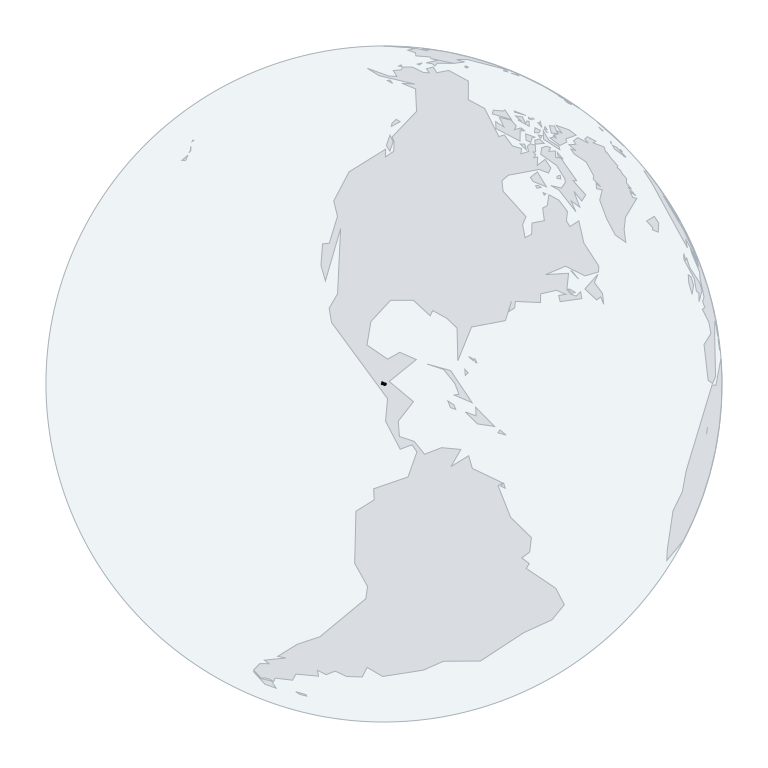 Zacapa on an orthographic globe, rotated 34°
{"feature_id": "GTM-1963", "entity_name": "Zacapa", "entity_type": "Department", "adm_level": 1, "iso_a3": "GTM", "parent_name": "Guatemala", "parent_adm1": "", "projection": "orthographic", "projection_center": [-89.448, 15.041], "detail": "fine", "context": "on_globe", "style": "filled", "palette": "ink", "viewbox_px": 768, "rotation_deg": 34, "n_neighbors": 0, "source": "natural_earth", "source_scale": "10m", "svg_char_len": 9136}
<svg xmlns="http://www.w3.org/2000/svg" viewBox="0 0 768 768"><g transform="rotate(34 384 384)"><circle cx="384" cy="384" r="338" fill="#eef3f6" stroke="#a8b0b8"/><path d="M449.3,421.9L441.3,418.7L433.9,429.0L406.0,413.9L395.2,394.2L306.1,362.3L296.2,351.9L295.1,335.2L261.1,279.4L277.8,331.3L265.4,320.9L254.7,302.2L259.9,297.9L251.7,271.0L240.0,260.4L236.4,227.7L254.0,188.5L258.2,194.9L262.0,185.7L256.9,177.6L252.6,174.6L258.6,139.8L245.1,121.7L230.6,124.7L241.8,118.1L207.6,131.1L193.7,131.6L215.7,126.0L222.7,121.8L216.4,118.9L222.3,114.2L222.7,110.5L230.3,105.4L242.5,103.7L247.6,100.7L242.9,99.0L247.5,93.7L253.7,96.4L262.4,87.8L284.5,85.7L294.9,101.1L313.4,99.3L340.8,114.6L344.5,110.3L357.3,114.8L366.4,111.9L368.8,116.6L373.9,110.4L369.9,106.8L370.8,103.1L375.8,101.4L379.9,106.7L377.9,108.3L381.7,109.0L381.6,112.6L384.5,109.9L388.8,117.1L392.0,107.7L401.6,111.6L402.4,117.1L392.6,119.4L370.3,141.4L368.1,149.5L374.9,157.6L408.1,165.9L409.8,174.4L419.1,183.8L422.7,177.2L416.7,167.8L425.6,158.9L417.2,149.4L419.6,144.9L414.9,134.9L426.1,133.8L439.5,138.3L444.1,146.8L450.1,149.5L454.3,139.8L470.9,155.4L496.1,166.1L499.2,171.1L490.1,182.0L468.6,184.8L456.8,203.0L475.1,189.0L482.7,203.3L488.4,205.2L494.2,203.6L495.5,197.6L500.3,202.6L484.0,217.2L479.3,212.9L484.6,208.0L474.5,209.9L463.5,221.7L468.2,229.0L446.7,242.1L449.8,247.8L446.9,254.5L443.4,244.2L449.2,263.6L424.7,287.8L432.2,323.4L413.3,296.8L399.5,294.4L383.3,295.9L384.2,301.6L361.5,298.2L342.6,311.0L338.2,339.6L348.1,361.2L373.1,361.4L379.4,348.9L397.1,345.7L386.9,379.0L418.3,382.2L416.6,406.8L426.1,418.9L441.1,414.7L456.9,419.6L467.3,404.6L484.3,395.3L485.7,415.0L494.3,396.1L504.4,404.6L537.7,399.7L535.4,404.5L563.6,423.8L592.1,428.9L598.7,441.8L595.5,451.1L604.9,451.7L605.0,457.4L640.5,457.3L656.9,466.1L655.1,485.6L639.0,511.8L618.8,559.8L588.3,580.6L576.8,599.0L546.5,627.2L528.5,628.4L529.8,639.0L516.7,647.3L504.0,649.4L498.6,657.3L489.0,658.6L493.1,662.8L473.2,673.8L473.8,680.7L458.2,688.7L459.0,692.3L454.6,692.6L449.0,694.4L447.1,696.6L435.8,694.0L437.4,685.3L445.0,680.2L439.3,679.8L455.9,666.0L448.2,669.2L457.6,648.3L472.2,629.4L489.0,572.2L483.6,561.0L460.0,549.1L431.9,505.2L440.7,485.5L434.0,476.7L455.9,447.6L449.3,421.9ZM91.4,311.6L93.5,303.9L94.5,309.5L91.4,311.6ZM93.3,298.8L92.9,301.5L92.9,299.1L93.3,298.8ZM92.3,296.8L93.0,298.2L91.9,297.3L92.3,296.8ZM90.7,295.1L91.7,295.7L91.5,295.9L90.7,295.1ZM431.7,335.6L467.5,350.2L448.4,353.9L451.8,350.5L442.5,344.0L425.5,338.6L408.5,343.4L431.7,335.6ZM89.3,290.2L89.1,288.7L90.2,288.5L89.3,290.2ZM444.9,314.8L438.8,313.9L444.6,313.3L444.9,314.8ZM249.8,174.4L256.2,178.1L258.6,187.7L252.6,184.9L249.8,174.4ZM246.1,157.8L250.7,157.6L246.1,166.3L244.9,163.7L246.1,157.8ZM219.0,128.7L223.1,130.0L217.1,130.5L219.0,128.7ZM221.4,110.9L218.3,112.2L219.8,109.8L221.4,110.9ZM409.0,136.4L411.9,135.7L411.3,137.9L409.0,136.4ZM404.3,133.1L401.5,136.1L398.9,135.0L400.6,133.1L404.3,133.1ZM232.8,100.1L236.1,96.4L234.8,99.8L232.8,100.1ZM408.3,129.7L394.5,132.7L389.8,130.9L392.6,122.4L408.3,129.7ZM239.4,94.1L247.2,86.1L241.1,87.9L262.7,79.1L248.9,88.2L248.3,91.8L244.6,91.6L239.4,94.1ZM366.5,106.5L371.0,110.2L362.6,108.9L366.5,106.5ZM360.9,106.6L334.0,109.6L329.8,104.0L339.7,103.8L330.6,98.5L341.9,94.1L349.4,96.1L349.8,100.4L353.8,95.6L360.9,106.6ZM273.4,76.0L277.1,74.2L275.5,75.9L273.4,76.0ZM370.5,101.6L365.5,102.4L361.5,97.4L371.0,95.0L369.2,97.3L370.5,101.6ZM322.7,99.5L321.5,95.8L330.2,91.1L330.9,89.2L341.8,93.5L322.7,99.5ZM372.6,97.6L375.9,94.0L382.3,94.9L375.2,100.6L372.6,97.6ZM356.5,97.3L355.1,95.0L359.0,95.4L356.5,97.3ZM406.8,97.4L400.8,97.8L398.2,95.1L406.8,97.4ZM376.6,92.6L374.4,92.3L372.7,91.5L376.1,89.5L376.6,92.6ZM347.2,90.2L351.1,89.3L343.2,88.2L349.4,85.1L355.5,88.8L355.5,86.0L357.4,85.1L360.3,89.2L347.2,90.2ZM374.5,85.1L384.4,89.7L396.1,89.2L398.7,91.4L379.4,91.9L374.5,85.1ZM365.9,87.1L371.8,86.3L372.1,89.1L368.2,91.4L365.9,87.1ZM351.5,82.0L340.3,85.6L339.4,84.8L351.5,82.0ZM377.8,84.3L375.3,83.3L378.6,84.0L377.8,84.3ZM359.5,81.9L355.7,83.2L354.7,82.1L359.5,81.9ZM373.6,80.5L376.8,81.8L374.3,83.3L373.6,80.5ZM367.1,80.7L366.7,79.0L371.4,83.0L365.6,81.3L367.1,80.7ZM359.2,80.7L357.4,80.5L360.9,80.4L359.2,80.7ZM381.3,74.8L388.0,79.5L382.4,82.4L376.7,77.3L381.3,74.8ZM453.3,699.5L436.1,695.3L446.4,697.1L456.9,693.1L464.7,696.5L453.3,699.5ZM482.8,688.4L493.0,685.2L494.4,686.0L487.7,688.4L482.8,688.4ZM617.7,139.9L614.2,137.0L621.4,143.8L624.8,146.9L631.9,154.4L623.0,146.7L630.6,158.3L654.7,192.4L656.1,199.8L650.7,199.7L627.3,172.4L626.8,159.3L618.6,151.0L606.2,144.1L607.1,141.2L602.0,137.3L600.6,132.8L586.4,119.2L583.1,114.7L565.7,103.3L561.7,99.9L573.1,107.3L579.3,110.7L569.8,101.9L564.4,98.3L553.9,92.1L552.6,91.1L543.6,86.3L534.1,81.2L556.6,93.5L578.1,107.4L598.5,122.9L617.7,139.9ZM532.9,80.6L538.5,84.1L526.3,78.6L513.1,72.5L510.2,71.7L531.7,81.9L539.3,85.6L544.1,87.5L565.7,100.2L571.6,104.8L553.2,95.3L559.4,101.4L542.3,92.7L494.5,68.0L480.6,62.0L482.5,60.8L493.0,64.2L496.9,65.7L501.1,67.0L532.9,80.6ZM474.8,58.5L474.4,58.4L474.2,58.3L474.8,58.5ZM391.9,46.2L366.8,47.0L350.9,47.9L354.2,47.4L327.2,51.0L311.4,54.0L313.9,53.5L302.6,56.4L307.4,55.4L307.8,55.5L281.0,65.1L272.2,68.1L263.5,73.9L264.7,74.0L270.7,71.9L262.7,79.1L241.1,87.9L239.3,87.1L227.0,94.1L224.7,91.8L217.1,93.9L221.8,88.9L215.4,91.8L211.3,94.4L199.5,101.2L194.7,104.1L216.2,90.7L234.3,83.2L228.3,84.8L235.0,81.4L236.2,80.4L231.5,82.5L227.6,84.5L229.5,83.5L251.3,73.2L273.7,64.6L296.7,57.6L320.1,52.2L343.9,48.5L367.8,46.5L391.9,46.2ZM719.8,346.3L717.2,372.2L711.8,363.5L694.5,327.5L691.6,306.5L683.0,286.9L656.5,201.3L659.9,199.4L649.4,175.2L649.7,175.2L660.8,190.1L660.9,190.3L674.0,210.5L685.6,231.6L695.7,253.5L704.2,276.0L711.1,299.0L716.3,322.5L719.8,346.3ZM676.2,238.9L679.4,244.9L679.4,245.0L676.2,238.9ZM538.7,399.3L542.8,402.6L537.6,403.4L538.7,399.3ZM446.4,362.3L453.7,362.2L457.7,365.0L452.3,366.4L446.4,362.3ZM505.8,357.2L513.8,358.1L505.8,360.7L505.8,357.2ZM473.0,352.0L499.4,357.4L483.8,364.8L467.0,361.7L478.2,358.9L473.0,352.0ZM442.8,326.6L447.5,327.7L446.6,331.4L442.8,326.6ZM449.1,314.5L447.4,314.9L444.8,312.1L449.1,314.5ZM483.6,202.4L485.1,201.4L491.3,201.1L489.1,203.9L483.6,202.4ZM514.5,186.7L521.6,195.1L515.0,190.6L513.3,195.4L497.4,192.8L500.0,173.5L501.7,182.3L514.5,186.7ZM476.8,185.2L486.6,188.2L475.8,185.7L476.8,185.2ZM575.2,123.3L578.8,123.6L585.3,128.9L589.4,137.4L580.0,129.6L575.2,123.3ZM582.3,123.2L562.9,113.0L559.5,108.2L564.7,112.4L564.5,110.3L572.7,116.7L588.6,123.2L595.3,128.5L599.2,139.6L594.2,132.6L591.0,132.3L582.3,123.2ZM519.1,104.1L510.6,102.0L514.3,93.9L521.8,97.0L526.4,104.8L520.2,106.0L519.1,104.1ZM415.9,115.2L412.4,116.7L411.3,115.0L413.3,112.4L415.9,115.2ZM404.2,97.8L429.9,107.7L427.2,109.7L445.5,114.4L445.6,121.7L433.7,118.1L447.4,127.9L436.8,127.6L446.8,133.9L420.5,125.3L411.4,126.2L421.5,122.3L421.7,115.4L419.1,112.7L404.9,106.3L385.5,105.9L382.6,100.0L385.7,95.9L390.0,95.0L390.5,99.0L395.7,95.0L399.7,100.2L404.2,97.8ZM423.8,64.3L422.7,67.1L433.9,64.4L438.0,67.7L439.0,67.2L445.8,69.8L455.9,72.5L456.3,74.2L460.1,74.6L464.7,76.7L470.0,77.9L472.6,81.7L479.3,83.7L476.7,84.4L487.5,87.1L480.6,86.9L485.9,90.3L489.8,88.7L490.9,110.7L496.7,121.7L505.3,131.4L492.4,131.1L476.0,122.4L460.0,110.9L456.3,101.0L451.1,103.2L447.8,99.3L453.3,99.2L442.9,97.2L441.6,94.2L427.4,86.9L413.1,87.0L407.5,84.8L412.5,83.2L403.5,82.2L409.0,78.0L405.2,76.5L406.8,71.4L418.6,70.1L413.4,68.6L414.4,65.3L423.8,64.3ZM382.2,73.3L395.4,69.8L404.1,70.3L397.6,79.2L400.3,81.1L396.5,87.8L383.9,87.2L386.2,85.2L385.5,83.3L389.7,84.2L385.8,82.0L388.7,79.5L386.5,77.2L391.4,76.6L382.2,73.3ZM644.1,168.3L644.0,168.2L643.9,168.0L644.1,168.3ZM637.0,161.3L635.3,159.1L642.6,167.1L643.5,168.5L637.0,161.3ZM628.2,151.5L634.7,158.3L631.7,155.5L628.2,151.5ZM570.9,105.3L568.4,103.1L570.6,104.3L574.9,107.2L570.9,105.3ZM457.9,60.6L455.9,61.2L453.6,60.6L443.8,60.3L440.0,58.3L444.4,57.7L457.9,60.6ZM452.1,58.3L448.5,58.3L448.9,57.4L452.1,58.3ZM436.7,56.9L436.1,55.7L438.4,58.0L436.7,56.9ZM447.8,52.2L449.8,52.6L433.8,50.1L414.6,47.7L432.5,49.7L442.9,51.3L443.4,51.3L447.8,52.2ZM373.1,46.8L371.5,47.4L367.1,47.4L366.8,47.2L373.1,46.8ZM375.7,47.0L383.4,47.6L379.2,48.2L374.0,47.5L375.7,47.0ZM418.4,50.9L424.0,51.5L423.5,52.0L418.4,50.9ZM274.6,74.3L276.9,74.2L273.1,75.5L274.6,74.3ZM310.7,54.9L310.5,55.3L306.0,56.3L310.7,54.9ZM307.5,57.3L312.7,55.8L308.5,57.4L307.5,57.3ZM324.0,52.9L315.4,55.3L321.7,53.0L324.0,52.9Z" fill="#d9dde1" stroke="#a8b0b8" stroke-width="1"/><path d="M385.7,383.8L385.6,384.0L385.5,384.3L385.6,384.5L385.5,384.8L385.5,384.7L385.4,384.7L385.1,384.6L385.0,384.8L384.9,384.8L384.8,384.7L384.7,384.7L384.5,384.8L384.4,384.8L384.2,384.7L384.0,384.8L383.7,385.0L383.3,385.0L383.2,385.0L383.0,384.9L382.8,384.8L382.7,384.8L382.5,385.0L382.5,385.3L382.4,385.5L382.2,385.5L382.0,385.4L381.9,385.2L381.9,384.8L382.0,384.8L382.2,384.7L381.7,384.1L382.0,384.1L381.8,383.6L381.6,383.3L381.7,383.2L381.8,383.2L382.1,383.3L382.5,383.3L383.1,383.2L383.3,383.2L384.1,382.9L384.8,382.6L385.0,382.5L385.3,382.5L385.5,382.6L385.6,382.9L385.5,383.0L385.4,383.0L385.5,383.3L385.5,383.6L385.6,383.8L385.7,383.8Z" fill="#0f172a" stroke="#020617" stroke-width="1.5"/></g></svg>